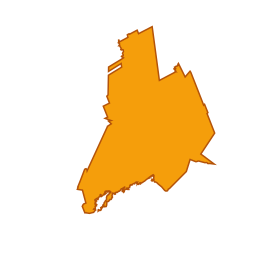 Padilla, Tamaulipas, Mexico, rotated 56°
{"feature_id": "50627088B25570843702160", "entity_name": "Padilla", "entity_type": "district", "adm_level": 2, "iso_a3": "MEX", "parent_name": "Mexico", "parent_adm1": "Tamaulipas", "projection": "equal_earth", "projection_center": [-98.825, 23.979], "detail": "fine", "context": "isolated", "style": "filled", "palette": "amber", "viewbox_px": 256, "rotation_deg": 56, "n_neighbors": 0, "source": "geoboundaries", "source_scale": "gbopen_adm2", "svg_char_len": 5827}
<svg xmlns="http://www.w3.org/2000/svg" viewBox="0 0 256 256"><g transform="rotate(56 128 128)"><path d="M57.5,51.3L55.7,66.5L52.0,65.7L51.1,74.3L50.5,74.4L50.3,76.4L52.8,77.4L51.8,86.9L50.0,86.4L49.9,86.6L51.0,87.3L51.7,87.2L51.7,88.2L52.0,88.3L52.0,88.0L52.6,87.7L53.2,87.8L53.7,88.1L53.7,88.3L54.1,88.4L54.5,88.7L54.7,89.5L55.2,88.8L55.6,88.9L56.0,89.1L58.1,89.1L58.5,89.4L58.7,90.0L59.0,90.1L59.4,90.0L59.7,89.7L60.1,88.5L60.7,88.3L62.2,89.1L62.6,90.1L63.0,90.8L63.7,91.0L64.4,90.9L65.1,91.3L65.3,92.0L64.9,92.8L65.0,93.4L65.4,93.4L65.6,92.5L66.6,92.8L67.3,92.5L67.3,95.2L66.6,110.0L70.2,112.5L70.7,97.6L74.0,99.2L73.3,114.7L89.4,126.0L89.8,127.8L97.0,129.4L96.1,136.3L107.6,138.8L107.2,141.6L112.3,137.9L111.4,140.3L115.2,139.5L115.1,144.1L115.3,144.2L116.5,146.2L140.6,185.8L139.8,185.4L138.3,185.5L138.2,185.7L138.0,186.8L138.2,187.0L138.2,187.3L145.3,197.4L148.8,202.6L149.1,202.4L150.5,204.3L154.0,200.5L166.7,204.9L166.2,207.3L166.7,208.7L167.1,209.0L167.3,209.3L167.3,209.7L174.2,211.2L174.6,210.3L174.8,210.4L175.7,209.3L177.2,207.7L178.7,203.7L177.9,201.1L177.6,201.2L177.4,201.2L177.3,200.9L177.6,200.6L177.3,200.5L176.5,200.8L176.1,201.7L175.9,201.3L176.6,200.2L174.8,199.0L174.4,198.2L174.9,197.8L174.9,197.6L174.5,197.5L174.4,198.0L174.2,197.5L174.0,198.1L173.7,198.1L173.2,197.6L173.3,197.0L173.2,197.0L172.9,197.3L172.6,197.1L172.5,197.4L172.6,197.7L172.4,197.8L171.9,196.9L171.8,197.1L171.1,196.6L170.7,196.0L170.8,195.5L171.5,195.4L171.3,195.4L171.2,195.1L170.8,195.1L170.5,194.8L170.0,194.9L169.8,195.6L169.6,195.8L169.2,195.8L168.9,195.4L168.9,194.8L169.1,194.1L168.9,193.5L169.0,193.2L170.3,193.2L170.5,192.9L170.1,192.3L169.7,192.6L169.1,191.7L169.1,190.6L168.9,190.1L168.9,189.7L168.6,189.3L168.5,188.7L167.9,188.5L167.7,188.2L167.8,187.9L168.2,187.7L168.5,187.7L169.5,188.6L169.6,188.2L169.9,188.3L169.9,187.2L169.9,186.7L169.0,183.9L169.6,183.7L170.0,184.1L170.0,183.2L169.6,183.3L169.5,183.2L169.7,182.9L169.0,182.9L168.7,183.2L168.3,183.1L167.8,182.3L167.9,181.8L168.2,181.1L168.4,181.1L168.5,181.6L168.7,181.2L169.0,181.2L169.1,181.3L169.5,181.2L168.9,180.2L168.9,179.9L169.1,179.7L169.6,180.1L169.9,179.8L169.5,179.6L169.4,179.1L169.9,178.5L170.4,178.3L170.5,178.4L170.6,178.6L170.4,178.8L170.4,179.2L170.7,179.4L171.0,178.9L171.1,179.0L171.3,178.3L171.4,178.1L171.6,178.2L172.0,180.3L172.2,180.9L172.0,181.3L172.1,181.7L172.5,182.2L172.5,183.4L173.7,184.8L175.1,185.6L175.4,186.1L175.9,187.9L176.3,188.3L176.5,189.4L177.5,190.3L177.9,192.0L178.5,192.3L178.8,192.8L178.8,195.2L179.0,195.3L179.5,194.9L179.7,195.0L180.6,196.0L180.6,196.7L180.3,197.3L179.9,197.9L179.5,197.9L179.1,198.2L179.2,198.5L180.2,199.2L180.1,198.4L181.0,196.7L180.9,196.3L179.9,194.7L179.6,193.9L179.3,191.5L180.1,191.6L180.9,190.0L180.1,188.9L178.1,187.3L177.2,186.8L178.0,185.2L177.9,184.9L177.6,184.5L177.6,184.1L177.4,183.9L177.1,183.2L177.1,182.9L177.7,182.4L177.7,181.7L177.3,180.8L176.9,180.7L176.7,180.4L176.7,179.6L176.1,179.3L175.3,179.3L175.1,179.1L174.7,178.4L173.9,177.8L173.7,177.8L173.3,177.3L173.9,176.8L174.5,175.6L174.8,175.6L175.0,176.2L175.2,176.3L175.2,175.5L175.6,175.3L175.1,174.9L174.7,174.4L174.6,174.0L174.6,173.7L175.3,173.2L175.3,171.1L175.3,170.7L175.6,170.3L175.2,168.8L174.8,167.9L174.7,167.5L174.9,166.9L175.3,166.3L175.3,166.1L175.0,165.9L175.2,165.3L175.0,164.6L175.1,163.9L175.6,164.2L175.7,165.3L176.3,165.8L176.0,166.6L176.1,166.9L176.6,167.8L177.1,167.9L177.3,168.2L177.5,168.2L177.6,167.5L177.8,167.2L178.1,167.1L178.7,167.5L178.9,167.5L178.7,166.9L178.5,166.5L178.0,166.2L177.5,166.2L177.5,164.4L177.7,164.2L177.8,163.6L178.1,163.2L177.8,162.9L177.2,162.8L177.2,162.5L178.6,162.6L178.9,162.5L179.3,161.8L179.2,161.8L178.8,162.1L178.6,161.8L178.0,161.4L178.0,161.0L178.3,160.0L178.0,159.9L177.4,159.2L177.1,158.3L176.7,158.5L176.5,158.1L176.5,157.6L176.8,157.0L177.2,157.0L177.3,156.2L177.4,156.4L177.5,156.2L177.2,156.0L177.1,155.6L177.3,154.2L177.9,153.8L177.7,153.6L177.5,153.2L177.6,152.8L177.4,152.6L177.4,151.4L177.6,151.2L177.9,151.4L177.9,151.0L178.1,150.6L178.2,150.9L178.8,151.7L179.0,151.6L179.1,151.9L179.1,151.4L179.4,151.6L179.3,151.4L179.8,151.3L179.8,151.0L180.4,151.1L180.5,151.0L180.4,150.7L180.6,150.6L180.6,150.4L180.3,150.0L180.1,149.0L180.1,148.5L180.3,148.4L181.1,148.8L181.3,148.9L181.3,148.7L181.0,147.5L181.1,146.8L181.3,146.6L181.2,145.4L181.3,143.7L181.1,142.6L180.9,139.1L181.2,138.8L181.5,139.1L181.8,139.0L181.6,139.0L181.4,138.4L181.0,138.4L180.8,138.2L180.8,136.9L181.4,136.6L181.4,136.4L181.0,136.5L180.7,136.2L180.8,135.7L181.4,135.3L181.0,135.4L180.7,135.2L180.8,133.6L181.1,133.7L181.1,133.2L181.7,133.0L182.0,133.3L182.1,133.6L182.2,133.4L182.5,133.6L182.5,134.0L182.8,133.8L183.0,133.9L184.5,135.1L184.7,135.4L184.7,135.8L184.0,136.7L184.5,136.6L184.6,137.6L184.9,137.4L185.4,137.6L185.5,137.5L185.0,136.7L185.0,136.3L185.2,136.0L185.3,136.5L185.5,136.0L185.8,135.9L186.3,136.1L187.7,136.1L187.9,135.5L189.6,134.6L191.3,134.3L195.6,133.0L200.3,132.5L201.4,131.9L202.0,130.9L202.1,130.3L201.2,128.6L201.4,127.7L196.7,104.0L188.8,94.1L193.9,90.6L194.3,89.7L194.6,88.4L195.0,87.8L199.8,83.6L200.5,82.3L200.9,81.9L201.8,81.8L202.2,81.6L203.2,80.0L206.1,76.7L190.3,82.2L180.7,59.0L160.2,54.4L160.0,53.2L151.2,51.3L151.4,52.5L117.0,44.8L115.6,44.8L117.6,52.1L102.7,50.1L102.8,50.3L103.0,50.3L103.0,50.6L103.5,50.7L103.5,50.9L103.4,51.0L103.6,51.1L103.6,51.4L103.8,51.4L103.8,52.2L104.0,52.3L104.1,52.2L104.0,53.5L103.6,54.1L103.9,54.6L103.7,55.1L104.0,55.1L104.2,55.7L104.3,55.5L104.6,55.7L104.5,56.0L104.7,56.4L105.0,56.2L104.8,55.9L105.0,55.7L105.1,55.9L105.4,55.7L105.4,56.2L105.5,56.1L105.5,56.6L106.1,56.4L106.3,56.6L106.6,56.5L106.7,56.8L107.0,56.9L107.3,56.7L107.4,56.8L107.2,57.0L107.3,57.1L107.8,57.0L107.6,57.2L107.6,57.4L107.8,57.6L108.0,57.4L108.0,58.0L106.1,75.4L57.5,51.3Z" fill="#f59e0b" stroke="#b45309" stroke-width="1.5"/></g></svg>